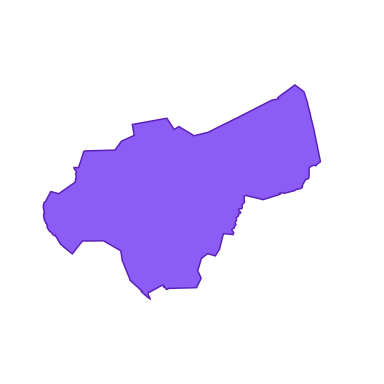 outline of Siltepec, Chiapas, Mexico, rotated 153°
{"feature_id": "50627088B9123326628132", "entity_name": "Siltepec", "entity_type": "district", "adm_level": 2, "iso_a3": "MEX", "parent_name": "Mexico", "parent_adm1": "Chiapas", "projection": "mercator", "projection_center": [-92.403, 15.558], "detail": "fine", "context": "isolated", "style": "filled", "palette": "violet", "viewbox_px": 384, "rotation_deg": 153, "n_neighbors": 0, "source": "geoboundaries", "source_scale": "gbopen_adm2", "svg_char_len": 4962}
<svg xmlns="http://www.w3.org/2000/svg" viewBox="0 0 384 384"><g transform="rotate(153 192 192)"><path d="M214.5,279.3L217.8,268.7L231.8,269.3L241.3,264.5L241.6,264.3L268.7,277.2L270.2,277.1L277.4,269.7L280.7,266.7L282.1,265.3L286.0,267.4L286.3,266.6L286.4,265.7L286.2,264.9L285.9,264.3L285.8,263.8L285.9,263.2L286.1,262.5L286.4,262.0L287.0,261.4L287.3,260.8L287.6,260.1L287.7,258.9L291.9,253.7L295.1,253.3L296.7,253.1L299.5,252.7L301.0,252.5L303.6,252.1L305.0,251.9L308.0,251.5L309.7,251.2L311.4,251.0L313.5,252.8L316.6,255.6L317.7,256.5L321.4,253.9L323.5,252.4L326.1,250.6L326.5,250.1L327.6,249.9L328.3,249.9L329.4,248.8L329.8,248.3L330.2,248.0L330.5,247.5L330.5,247.2L330.8,247.1L331.0,246.4L331.5,245.7L333.0,240.7L333.4,240.4L333.5,240.1L333.4,239.7L334.0,239.7L334.4,239.5L335.1,237.8L335.2,237.5L335.4,236.7L335.6,236.4L335.6,236.1L335.7,235.5L336.0,235.4L336.0,235.1L336.0,234.7L335.8,234.1L336.4,233.5L336.2,233.1L336.1,232.7L336.0,232.0L336.4,231.4L336.4,231.0L336.2,230.7L336.2,230.3L336.1,230.0L335.9,229.6L336.0,229.0L335.9,228.6L336.3,228.1L336.5,227.7L336.5,227.3L336.6,227.2L337.1,226.3L337.1,226.2L336.9,226.1L337.0,225.7L337.1,225.4L337.1,225.2L337.0,224.6L336.9,224.1L337.0,223.5L336.7,222.1L336.6,221.4L336.1,220.7L336.0,220.4L335.8,220.1L335.6,219.9L335.3,219.0L335.6,218.6L335.6,218.3L335.2,217.0L334.1,215.3L333.8,215.2L333.5,214.3L333.4,214.5L332.9,205.6L331.6,202.3L330.0,198.4L329.2,196.7L328.3,194.7L326.7,191.2L324.4,192.3L322.6,193.2L319.8,194.5L318.0,195.3L316.0,196.2L313.0,197.6L311.1,197.9L309.6,197.0L308.9,196.6L307.5,195.9L306.0,195.1L302.3,193.3L299.5,191.9L297.2,190.8L295.4,189.9L293.0,188.7L292.1,187.3L290.2,184.3L288.4,181.6L287.1,179.6L285.1,176.5L283.0,173.3L282.2,172.1L283.5,167.7L284.7,164.2L285.2,163.3L285.6,158.0L286.1,152.9L286.5,147.8L286.9,142.5L287.3,141.6L287.0,140.6L286.9,140.6L286.2,138.5L285.2,136.2L284.3,133.5L284.1,133.1L283.1,130.7L282.9,129.6L282.2,128.3L281.7,127.1L281.4,126.6L282.3,126.5L282.0,125.8L282.1,125.4L281.8,124.7L279.3,118.3L277.9,115.9L277.8,116.3L277.7,116.7L277.6,117.1L277.6,117.6L277.7,117.9L277.7,118.4L277.7,118.8L277.7,119.8L277.5,120.3L277.4,121.0L277.1,121.7L276.7,121.9L276.3,122.0L275.9,122.0L275.6,122.1L275.3,122.1L275.1,122.0L271.6,122.2L268.6,122.2L266.5,122.3L263.6,122.4L261.0,122.5L260.7,122.2L260.3,121.9L260.1,121.7L259.7,121.4L259.4,121.1L259.6,120.6L259.8,120.4L260.2,120.4L260.4,120.3L260.3,120.1L260.0,119.9L259.8,119.9L259.5,119.5L259.5,119.2L259.3,118.8L259.3,118.0L259.1,117.4L259.0,116.8L258.6,116.6L258.3,116.6L257.7,116.5L257.3,116.7L256.9,116.8L256.7,116.7L253.9,115.4L251.5,114.2L249.4,113.3L247.9,112.6L244.2,110.8L242.5,110.0L240.4,109.0L238.6,108.1L235.6,106.7L232.4,105.2L231.4,104.7L229.3,106.3L226.1,108.7L224.7,109.7L223.0,111.0L222.6,119.2L213.9,128.5L206.1,130.0L204.5,128.5L200.2,124.5L193.4,128.6L186.8,136.2L182.9,140.6L174.7,135.4L174.3,135.9L173.9,136.2L173.7,136.5L173.3,136.9L173.2,137.3L173.6,138.4L173.7,139.6L173.6,140.4L173.2,140.8L172.6,141.0L171.9,140.7L171.2,140.6L170.4,140.8L170.1,141.3L169.8,141.9L169.5,142.3L169.1,142.7L168.5,142.6L167.8,142.7L167.6,143.5L167.6,144.3L167.4,144.9L166.8,145.6L166.1,146.0L165.4,146.5L164.8,147.4L164.4,148.2L164.2,149.0L163.9,149.3L163.5,149.2L163.0,149.3L162.4,149.6L161.6,149.5L161.2,149.8L160.7,150.5L160.5,151.1L160.3,151.6L159.7,151.7L158.9,151.2L158.2,151.3L157.9,151.7L157.9,152.3L158.3,152.8L158.5,153.2L158.6,154.4L158.5,155.4L158.2,155.6L157.5,155.5L156.9,155.1L156.2,154.9L155.3,154.6L154.6,155.0L154.1,155.8L153.6,156.6L153.3,157.4L152.9,157.9L152.0,158.4L151.2,158.5L150.1,158.9L149.6,159.5L149.4,160.3L149.1,161.2L148.9,161.7L148.5,162.3L148.2,163.2L147.8,163.8L147.7,164.2L147.5,164.6L147.2,164.8L145.2,164.2L144.9,163.9L132.1,152.9L115.4,150.1L115.5,150.2L115.5,150.4L115.5,150.6L115.0,150.9L114.8,151.0L114.4,150.9L114.2,150.8L113.9,150.7L113.7,150.7L113.4,150.9L113.1,150.9L112.9,150.8L112.5,150.5L112.0,150.2L111.1,149.6L110.7,149.4L109.7,148.7L108.5,148.5L102.8,147.3L102.6,147.3L102.2,147.2L101.5,146.9L100.7,146.7L100.3,146.7L99.5,146.7L98.6,146.8L97.7,146.9L97.4,147.0L96.9,146.5L96.5,146.5L94.7,146.1L94.2,145.9L93.4,145.8L92.7,145.8L92.2,145.8L91.7,146.1L91.4,146.5L90.8,147.1L90.5,147.7L90.0,148.3L89.2,149.0L88.4,149.3L87.4,150.0L86.5,150.6L85.9,151.2L85.1,151.4L84.1,151.3L83.2,151.2L82.8,151.0L82.1,151.2L81.8,151.3L81.3,152.0L80.9,152.4L80.5,153.1L79.7,154.1L79.4,154.9L79.5,155.7L78.9,156.3L78.2,157.1L77.8,157.9L77.4,158.9L76.8,160.1L76.1,160.5L74.9,160.7L74.2,160.8L73.2,160.8L71.1,160.4L70.7,160.3L70.1,159.7L69.8,159.1L68.5,159.6L67.5,160.1L63.8,160.7L55.2,191.7L54.9,192.9L53.5,198.6L52.4,203.8L51.0,208.7L49.9,213.9L49.4,216.6L48.8,218.1L48.4,220.1L47.6,225.2L46.9,229.0L46.9,230.8L51.7,240.7L65.5,238.4L67.5,238.1L70.2,237.6L72.7,237.0L72.9,235.7L79.2,237.6L96.0,237.6L118.7,237.6L134.3,237.8L135.6,237.8L150.7,237.9L164.6,241.2L174.0,256.3L179.5,255.8L180.9,269.1L189.4,271.7L214.5,279.3Z" fill="#8b5cf6" stroke="#5b21b6" stroke-width="1.5"/></g></svg>